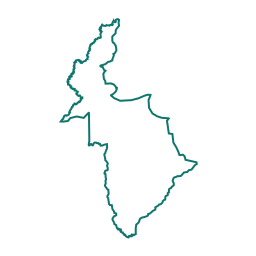 Isidoro Noblía, Cerro Largo, Uruguay, rotated 267°
{"feature_id": "84410073B42305174604514", "entity_name": "Isidoro Noblía", "entity_type": "district", "adm_level": 2, "iso_a3": "URY", "parent_name": "Uruguay", "parent_adm1": "Cerro Largo", "projection": "albers", "projection_center": [-54.072, -32.059], "detail": "fine", "context": "isolated", "style": "outline", "palette": "teal", "viewbox_px": 256, "rotation_deg": 267, "n_neighbors": 0, "source": "geoboundaries", "source_scale": "gbopen_adm2", "svg_char_len": 5796}
<svg xmlns="http://www.w3.org/2000/svg" viewBox="0 0 256 256"><g transform="rotate(267 128 128)"><path d="M236.4,124.7L236.7,124.1L237.3,123.6L237.0,122.3L236.6,121.5L236.1,121.3L234.6,121.3L234.3,120.9L234.3,120.4L235.1,119.4L235.9,119.2L233.3,117.7L232.2,117.6L232.1,118.1L231.5,117.8L231.5,117.4L232.0,116.6L231.8,115.5L231.2,114.9L231.5,114.3L231.5,113.2L231.9,112.0L231.8,111.6L231.6,111.4L231.3,111.4L231.1,110.9L231.3,109.3L231.8,108.4L232.6,107.6L232.4,107.4L231.5,107.0L231.3,107.1L230.8,106.5L230.4,106.5L230.2,106.0L229.2,106.2L229.3,105.4L228.9,105.4L228.8,105.8L228.3,105.8L227.9,105.3L228.2,104.8L228.1,104.6L227.4,104.8L226.8,105.5L226.1,105.5L226.0,106.1L226.3,106.4L225.7,106.8L223.5,105.4L219.9,105.6L219.6,105.4L219.4,104.6L219.8,103.3L219.1,102.2L218.6,102.2L218.3,101.8L218.1,100.6L218.3,100.4L217.7,99.9L217.8,99.5L217.4,99.3L216.5,99.7L215.6,98.6L215.3,98.6L215.3,98.4L215.0,98.4L214.7,97.9L214.7,97.4L214.1,96.9L214.4,96.7L214.2,96.1L213.8,95.9L213.3,94.9L212.3,95.0L212.0,94.4L210.4,93.9L209.5,94.1L209.4,93.6L208.9,93.6L208.1,94.1L207.6,94.0L207.3,93.7L207.5,93.4L207.4,93.2L206.3,92.4L205.7,92.1L204.6,92.4L204.0,91.5L202.8,90.8L202.2,90.9L201.8,91.6L201.1,91.6L201.0,91.8L199.9,91.1L198.9,91.2L198.6,90.0L198.0,89.5L197.3,89.3L196.7,86.9L195.4,85.6L195.4,84.6L195.8,84.0L196.2,84.0L196.5,84.6L197.0,84.6L197.1,84.2L196.9,83.9L197.2,83.8L197.1,83.4L197.9,83.3L198.0,82.7L197.7,82.5L197.8,82.2L198.1,82.2L198.5,82.6L198.6,82.4L198.3,79.7L197.8,79.2L196.5,79.5L196.3,79.0L197.0,78.7L196.2,77.8L195.8,78.3L194.3,77.7L193.7,78.0L192.8,77.2L192.6,77.5L192.2,77.4L191.9,77.7L191.6,77.7L191.5,77.4L191.0,77.6L190.8,77.4L190.2,77.7L189.5,77.1L189.4,76.7L188.8,77.0L187.8,76.4L187.1,76.9L186.6,76.2L186.3,76.8L185.8,76.7L185.0,75.9L185.0,74.4L182.4,74.5L182.1,73.7L183.0,74.1L183.4,73.3L183.0,72.9L181.9,73.2L181.5,72.9L182.5,72.3L182.3,72.0L182.1,71.8L181.7,72.1L180.5,71.9L180.0,72.1L180.0,70.9L179.1,70.4L178.5,70.9L177.4,71.0L177.6,70.1L177.2,69.9L176.9,70.0L176.9,70.3L176.7,70.5L174.8,70.4L174.9,70.8L174.3,71.2L174.4,71.6L174.2,71.9L173.7,72.1L173.4,72.8L172.5,72.7L172.3,73.5L171.8,73.3L171.5,72.9L170.8,73.4L170.6,73.7L170.6,74.2L169.9,74.7L170.2,75.5L169.8,75.8L169.8,76.5L169.3,76.2L169.0,76.7L168.5,76.8L168.4,77.2L168.2,77.1L168.1,78.2L167.0,79.1L166.8,79.7L165.9,79.5L165.2,78.6L165.2,78.2L164.7,78.2L162.7,80.1L162.7,80.7L163.0,81.1L163.0,81.6L162.5,82.0L160.6,82.5L160.4,83.1L160.8,83.3L160.9,84.0L160.1,84.0L159.4,82.3L158.5,82.6L158.2,82.1L157.4,81.5L156.9,81.6L156.5,81.1L156.4,80.8L156.8,80.4L156.8,80.1L156.0,79.7L155.8,78.9L154.6,77.9L155.2,75.9L154.6,75.6L154.3,75.8L154.3,74.9L153.8,74.4L152.2,73.9L152.0,73.1L151.6,73.0L151.3,72.7L150.5,72.7L149.5,71.8L149.4,71.5L148.6,71.3L148.3,70.9L147.9,70.9L146.9,70.1L146.5,70.1L146.6,70.6L146.4,70.8L145.9,70.3L144.6,69.7L143.8,68.3L143.8,67.7L143.5,67.4L143.6,66.9L143.9,66.9L144.0,66.5L143.7,65.4L143.4,65.0L142.6,64.8L142.2,64.3L141.4,64.0L140.6,63.9L140.1,62.9L138.0,61.2L137.8,63.8L138.1,68.3L140.9,70.8L142.2,77.4L140.4,84.3L145.2,89.4L145.0,89.8L117.0,88.7L114.5,88.1L113.2,87.9L112.7,88.0L112.7,88.9L113.7,89.5L114.0,90.4L113.6,90.8L112.5,91.5L112.7,92.2L114.5,93.0L115.2,93.8L115.1,95.4L114.5,96.0L114.5,97.5L113.7,97.9L113.7,99.1L113.2,99.5L112.0,99.5L111.7,100.0L111.9,101.9L112.5,103.1L113.0,106.1L110.2,106.2L108.1,105.7L106.8,104.9L104.0,103.9L103.1,103.0L100.9,103.2L99.8,103.5L96.9,103.7L96.0,104.6L93.6,106.0L91.4,105.1L89.3,105.6L88.1,105.7L86.9,105.3L86.7,103.6L86.2,102.9L85.0,102.6L84.4,102.1L83.6,102.2L83.2,103.1L79.7,103.1L78.1,103.5L76.8,102.8L73.6,102.8L72.1,102.0L71.2,102.1L67.9,104.2L67.4,105.1L63.2,105.2L61.2,103.9L60.1,103.8L59.1,104.5L53.0,105.1L52.0,105.9L51.8,107.8L47.8,108.2L45.6,109.6L43.9,109.9L43.4,111.5L42.3,111.8L41.6,111.7L41.0,110.8L40.7,109.7L39.4,108.5L38.1,107.7L36.7,107.9L34.4,109.2L32.8,109.3L31.6,111.2L29.0,111.5L27.5,112.6L28.1,113.0L27.7,113.7L27.2,113.9L27.4,114.6L27.2,115.3L26.4,115.1L26.0,115.3L26.0,115.8L25.7,115.8L25.4,115.0L24.8,115.2L24.9,115.8L23.9,116.5L23.9,117.4L22.9,117.6L22.4,118.1L22.2,118.7L21.7,118.5L21.2,118.8L21.2,119.8L20.1,120.2L19.1,121.5L18.7,122.8L19.0,123.1L19.4,122.6L19.9,123.0L20.2,124.7L19.7,125.3L19.7,125.9L20.8,125.7L21.4,126.3L20.9,126.7L21.0,127.5L20.6,127.5L20.7,128.3L21.2,128.4L21.2,129.1L21.6,130.2L27.6,130.5L31.2,131.2L32.3,132.9L33.8,134.1L36.6,135.2L37.7,136.9L38.3,140.0L39.1,142.7L39.6,143.3L41.1,143.7L41.4,145.4L44.1,148.7L44.7,150.4L45.6,151.2L47.3,151.1L48.9,154.1L49.9,154.9L50.2,156.7L51.7,158.4L53.3,159.1L54.1,160.0L54.6,161.4L57.4,161.7L58.0,162.1L58.8,164.1L59.5,164.3L60.8,164.2L61.5,164.9L61.6,165.5L64.4,165.7L65.2,166.3L65.7,167.7L66.9,168.6L68.4,170.7L70.6,170.8L72.1,170.0L73.2,169.9L75.2,170.7L76.2,171.6L76.6,173.4L77.3,174.8L77.2,177.3L77.6,178.6L80.6,181.5L81.0,184.9L82.8,186.8L83.1,189.2L87.5,193.0L88.5,194.8L90.2,194.6L93.2,183.8L96.9,183.0L98.4,181.5L98.3,178.0L101.7,177.0L106.2,175.2L111.0,172.6L119.7,172.0L120.4,168.5L133.1,167.3L135.4,169.2L135.6,168.8L136.4,162.3L138.2,157.7L141.2,153.2L147.0,150.1L155.0,150.0L159.0,152.0L159.9,152.2L160.2,149.5L159.5,146.5L157.1,140.0L155.6,132.7L155.6,121.6L158.5,115.8L161.3,112.8L161.8,112.9L162.6,114.7L164.1,116.7L165.4,117.9L167.4,118.8L168.6,119.0L168.8,118.1L170.1,117.9L172.3,115.9L173.4,113.3L173.4,108.5L173.5,107.9L176.3,107.7L178.3,106.5L183.4,106.2L185.3,107.4L186.3,108.5L187.4,107.0L190.1,106.0L190.9,103.8L191.7,103.8L192.0,104.4L192.2,106.4L192.7,107.4L192.9,108.7L195.1,111.6L195.2,113.4L195.8,114.3L196.3,115.9L197.2,115.9L201.0,117.6L201.9,117.6L202.5,117.3L202.8,117.3L203.0,118.4L205.8,120.4L207.8,120.4L211.0,120.0L211.9,119.2L213.3,118.8L214.1,117.5L215.8,116.9L220.0,117.1L220.7,117.6L223.1,120.5L226.2,120.9L227.3,121.5L230.6,124.4L233.7,124.1L236.4,124.7Z" fill="none" stroke="#0f766e" stroke-width="2"/></g></svg>